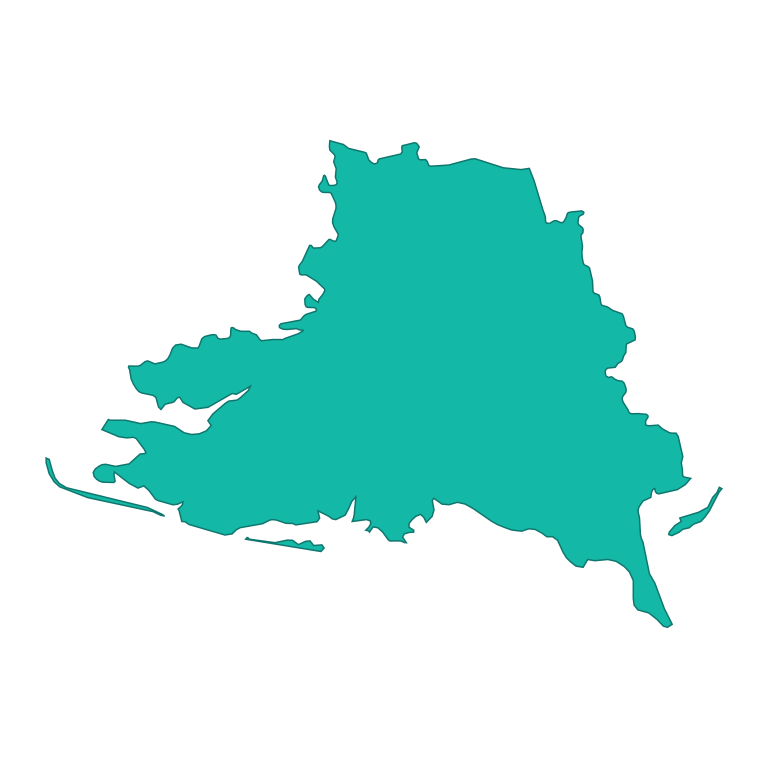 the state/province of Kherson
{"feature_id": "UKR-4827", "entity_name": "Kherson", "entity_type": "state/province", "adm_level": 1, "iso_a3": "UKR", "parent_name": "Ukraine", "parent_adm1": "", "projection": "mercator", "projection_center": [33.493, 46.65], "detail": "fine", "context": "isolated", "style": "filled", "palette": "teal", "viewbox_px": 768, "rotation_deg": 0, "n_neighbors": 0, "source": "natural_earth", "source_scale": "10m", "svg_char_len": 6117}
<svg xmlns="http://www.w3.org/2000/svg" viewBox="0 0 768 768"><path d="M672.2,624.3L667.5,627.3L663.3,626.1L657.1,619.5L648.7,612.9L637.9,609.9L634.1,605.1L633.3,598.5L633.3,580.5L629.5,572.1L624.5,566.7L616.1,561.3L607.8,559.5L594.8,560.7L587.7,559.5L583.1,567.3L576.0,566.1L570.6,561.9L566.4,557.7L563.1,552.3L557.6,540.3L552.6,536.7L546.8,536.7L541.8,533.0L535.1,529.4L528.8,528.8L521.7,531.2L511.7,530.0L505.0,527.6L497.5,524.6L491.2,521.0L473.7,508.9L465.3,504.1L457.4,502.3L449.0,504.7L442.0,504.1L433.8,498.3L432.3,500.4L434.0,510.0L432.1,516.4L426.3,522.4L423.7,517.2L420.6,514.4L416.1,516.1L412.3,519.4L409.2,523.3L408.9,527.1L413.7,530.2L413.7,532.1L408.9,532.5L404.3,533.9L402.6,537.1L406.3,542.7L404.5,542.6L400.7,540.9L389.7,540.9L388.2,539.7L382.6,532.0L377.9,527.8L373.1,526.9L369.5,532.1L368.6,530.8L365.8,530.2L368.8,527.2L370.7,523.8L370.3,520.8L366.4,519.6L352.2,521.5L353.5,518.1L354.2,514.9L355.9,496.8L351.8,501.4L348.7,508.5L345.2,515.1L335.8,519.6L332.3,518.9L328.5,516.1L318.0,510.8L319.6,518.2L317.1,521.7L295.8,524.9L292.8,523.5L286.0,523.3L276.2,520.0L272.0,519.6L269.3,520.3L262.6,523.7L240.1,527.7L236.4,529.7L232.1,533.9L224.9,535.0L189.0,524.5L185.0,521.7L181.8,521.5L179.1,510.6L178.1,509.0L181.5,505.9L182.6,504.3L183.0,501.8L177.6,504.2L173.0,504.8L157.8,500.5L155.5,499.2L148.7,490.2L143.8,485.9L138.0,488.1L129.2,483.4L114.4,471.9L114.0,474.9L115.1,481.3L113.7,482.5L102.4,482.1L99.2,481.0L96.5,479.1L94.1,476.4L93.2,472.4L95.4,468.9L99.0,466.2L102.0,464.7L105.7,464.3L115.6,466.4L129.1,463.9L140.1,454.0L144.7,453.6L145.9,452.8L144.4,449.6L136.2,438.5L133.3,437.3L126.7,437.9L118.8,436.7L101.9,429.6L108.3,419.5L110.1,420.2L125.3,420.2L140.8,423.6L151.1,421.8L154.8,422.0L174.5,426.4L184.2,432.8L191.7,434.5L199.4,433.8L206.4,430.8L211.2,425.5L207.9,420.7L212.8,414.0L225.3,403.3L228.7,401.1L237.0,400.1L240.1,398.0L248.3,390.5L250.4,386.2L236.4,394.3L232.1,393.5L208.0,407.3L194.9,409.0L183.0,402.4L180.2,397.9L179.2,397.2L177.2,398.0L174.2,401.6L172.6,402.4L165.2,404.2L161.0,409.5L158.5,406.9L155.9,397.4L152.9,395.3L141.9,393.0L138.9,391.6L136.4,388.8L133.5,384.2L131.2,379.1L129.6,369.7L128.5,367.3L128.8,366.0L137.8,366.2L140.5,365.3L145.1,361.6L147.7,360.9L154.9,363.9L162.5,362.2L165.5,360.9L168.0,358.5L170.2,354.4L172.5,348.3L175.7,345.0L181.2,344.2L191.6,347.9L197.7,348.1L199.0,346.6L201.8,338.9L204.5,336.6L210.5,335.0L214.3,334.6L216.1,335.2L217.7,338.1L218.9,338.7L220.7,339.1L228.4,338.3L229.8,337.0L230.6,335.4L230.9,329.1L231.2,327.9L231.9,327.5L233.6,327.9L235.6,329.6L240.9,331.3L249.5,331.3L251.6,333.0L256.4,334.8L259.9,339.7L261.7,340.7L273.2,339.5L283.1,339.6L284.5,338.6L298.4,333.7L303.2,330.7L302.9,330.1L299.4,329.9L296.6,328.6L286.9,329.5L282.8,329.1L280.0,327.9L279.4,327.2L279.3,325.4L281.0,323.7L300.3,320.1L304.2,315.6L306.5,314.2L315.6,311.3L316.5,310.3L316.4,309.4L314.8,307.6L307.7,307.4L306.1,306.7L305.1,304.4L304.8,299.5L305.1,298.3L307.6,295.2L309.3,294.5L313.5,299.3L318.3,302.4L319.0,299.1L322.7,294.6L324.9,290.5L324.5,288.9L316.3,281.1L306.0,274.8L301.3,274.9L299.8,274.2L298.6,267.3L299.2,265.5L302.4,261.2L309.6,245.4L311.1,245.4L313.5,248.1L320.3,247.8L322.5,246.5L328.8,239.6L329.9,239.3L333.0,240.9L335.4,241.3L336.2,240.7L338.2,235.5L338.0,233.8L334.1,227.0L332.6,222.9L332.8,218.7L336.0,208.4L336.0,205.2L335.4,202.5L331.1,193.1L329.5,192.5L323.4,192.4L321.5,191.8L319.6,190.0L318.5,186.8L319.4,184.7L322.3,180.9L323.7,175.7L324.4,175.3L325.4,176.2L328.5,184.5L329.1,185.1L331.0,185.6L334.4,185.3L336.0,184.8L337.1,183.2L336.9,181.3L335.4,177.2L336.2,168.7L333.7,161.9L335.1,156.4L334.5,154.8L329.8,150.0L329.4,146.1L329.8,140.7L343.4,144.5L348.5,148.4L364.6,152.3L366.3,153.2L368.7,159.8L371.6,162.6L374.6,164.0L377.4,162.9L378.1,160.1L379.3,158.9L400.7,154.0L402.2,151.8L401.8,147.1L402.3,145.7L414.6,142.7L416.8,143.4L419.2,146.8L416.8,152.7L418.5,158.8L420.3,159.8L425.6,159.6L427.2,161.5L428.9,165.7L431.0,166.2L448.5,165.1L471.3,159.0L475.3,158.8L503.3,167.8L521.0,169.6L529.3,168.4L534.1,180.8L543.1,210.6L544.8,215.0L545.4,217.2L545.5,221.2L546.3,222.9L549.4,223.5L553.8,220.9L556.2,220.6L560.6,222.6L562.5,222.6L563.9,221.5L566.2,217.3L567.4,213.5L568.0,212.9L569.6,212.2L581.7,210.9L583.5,211.9L583.9,212.6L583.1,214.3L579.9,215.9L578.7,217.2L577.9,222.5L578.6,224.6L582.5,227.8L583.2,229.7L582.8,232.9L581.5,234.4L580.9,236.1L582.5,246.1L581.9,252.5L582.2,257.4L583.2,262.8L584.1,264.8L588.1,266.6L589.6,268.3L592.5,280.8L593.0,291.5L594.2,293.2L598.9,295.0L599.9,297.2L600.9,303.6L601.8,305.3L607.4,306.9L612.7,310.4L622.1,313.8L623.4,316.2L625.8,325.5L627.8,327.4L632.6,328.8L634.0,330.7L635.4,336.6L635.1,339.9L626.7,343.9L626.2,345.7L625.8,352.6L623.8,355.7L622.4,359.9L621.4,361.4L617.8,363.6L615.2,367.3L607.7,368.1L605.7,369.6L605.2,372.2L605.9,375.9L608.4,377.5L611.2,376.8L612.3,377.2L615.3,379.5L617.9,380.6L622.1,381.2L624.0,382.9L625.8,387.7L626.2,390.4L625.8,392.3L622.6,396.6L622.1,399.4L623.4,402.6L627.8,409.5L629.3,412.9L631.8,413.8L638.0,413.6L646.4,414.3L647.9,415.6L648.0,417.2L645.6,421.0L645.7,425.1L648.9,425.8L658.2,425.1L662.3,428.8L669.0,432.5L671.0,433.1L676.1,433.2L678.2,436.5L682.8,456.6L681.3,462.8L682.4,469.9L682.6,475.5L684.3,477.1L690.7,478.4L685.3,484.6L677.4,489.6L658.7,493.9L656.5,493.1L655.4,491.5L654.8,488.6L652.8,489.6L651.6,491.9L650.8,497.4L643.0,501.0L639.2,506.6L638.3,509.0L638.1,511.7L639.5,518.0L640.4,534.5L641.3,538.3L643.0,542.4L649.4,573.7L654.9,583.3L664.4,608.8L672.2,624.3ZM721.9,488.7L719.1,492.1L709.4,510.8L704.9,517.1L700.8,521.5L693.6,524.1L689.2,527.8L683.0,529.2L678.8,532.4L671.9,535.6L668.7,534.6L669.3,532.1L674.9,525.5L681.2,521.5L679.8,518.0L698.5,512.3L707.8,507.4L712.7,497.4L717.0,492.6L719.3,487.3L721.9,488.7ZM66.4,487.7L147.5,507.5L162.2,514.4L164.6,516.1L160.6,515.2L153.0,511.6L87.7,497.6L59.7,486.8L54.1,481.7L49.2,473.7L46.2,462.9L46.1,458.1L49.2,459.4L52.2,470.4L55.0,478.1L59.3,483.4L66.4,487.7ZM310.0,540.9L313.7,545.5L321.9,544.9L324.1,548.1L321.0,551.5L245.7,539.2L247.0,537.6L247.8,537.6L249.3,539.2L275.0,542.7L287.3,540.1L292.6,540.3L298.4,544.6L305.7,541.3L310.0,540.9Z" fill="#14b8a6" stroke="#0f766e" stroke-width="1.5"/></svg>